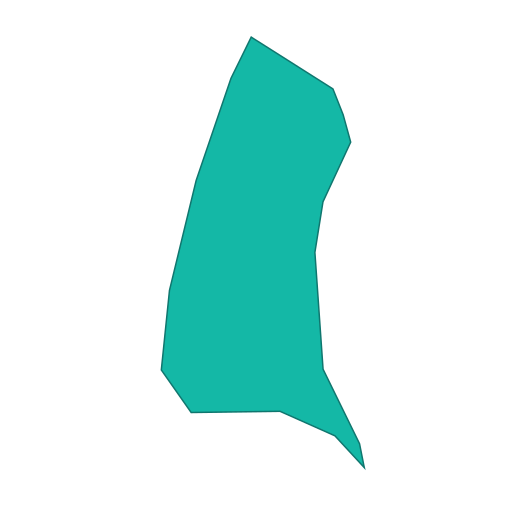 an SVG outline of Hodoš, rotated 176°
{"feature_id": "SVN-201", "entity_name": "Hodoš", "entity_type": "Municipality", "adm_level": 1, "iso_a3": "SVN", "parent_name": "Slovenia", "parent_adm1": "", "projection": "orthographic", "projection_center": [16.307, 46.822], "detail": "fine", "context": "isolated", "style": "filled", "palette": "teal", "viewbox_px": 512, "rotation_deg": 176, "n_neighbors": 0, "source": "natural_earth", "source_scale": "10m", "svg_char_len": 393}
<svg xmlns="http://www.w3.org/2000/svg" viewBox="0 0 512 512"><g transform="rotate(176 256 256)"><path d="M162.7,37.3L189.8,71.1L242.9,99.4L331.6,104.4L358.4,148.9L344.7,227.8L310.4,335.6L268.5,435.1L245.5,474.7L242.3,472.3L167.6,417.3L159.2,390.8L153.6,363.0L185.4,305.4L197.0,255.5L197.0,138.4L165.8,61.5L163.0,39.3L162.7,37.3Z" fill="#14b8a6" stroke="#0f766e" stroke-width="1.5"/></g></svg>